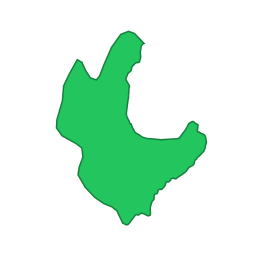 outline of Ihorombe, rotated 209°
{"feature_id": "MDG-5874", "entity_name": "Ihorombe", "entity_type": "Autonomous Province", "adm_level": 1, "iso_a3": "MDG", "parent_name": "Madagascar", "parent_adm1": "", "projection": "natural_earth1", "projection_center": [45.657, -22.685], "detail": "fine", "context": "isolated", "style": "filled", "palette": "green", "viewbox_px": 256, "rotation_deg": 209, "n_neighbors": 0, "source": "natural_earth", "source_scale": "10m", "svg_char_len": 3276}
<svg xmlns="http://www.w3.org/2000/svg" viewBox="0 0 256 256"><g transform="rotate(209 128 128)"><path d="M190.6,93.4L194.2,100.8L198.5,119.8L204.7,133.6L205.5,146.2L205.5,156.8L205.5,163.1L200.2,163.1L193.1,157.8L185.2,153.6L179.0,154.7L178.1,160.0L179.8,172.6L181.5,190.6L179.7,206.4L174.4,212.8L168.2,213.8L154.9,209.7L155.4,209.2L155.8,208.7L155.9,208.3L156.1,207.5L156.1,206.9L156.0,206.0L155.8,204.9L155.1,203.5L154.1,200.4L153.5,199.5L152.6,198.2L151.2,196.0L150.9,195.1L150.6,193.4L150.2,192.3L150.1,191.4L150.3,190.7L150.8,190.2L152.1,189.3L152.6,188.8L153.0,188.1L153.4,186.5L153.6,185.8L153.9,185.0L154.1,184.2L154.1,183.4L153.7,181.6L153.4,180.8L153.2,180.0L153.2,179.1L153.5,178.3L154.2,176.8L154.4,176.0L154.4,175.3L154.0,171.3L153.7,170.1L153.2,169.3L152.5,168.8L147.5,165.8L147.1,165.4L146.8,164.9L146.6,163.8L146.4,163.3L145.2,160.7L144.4,159.3L143.8,157.9L143.7,157.5L143.5,157.0L142.2,154.7L142.0,154.1L141.8,153.2L141.7,152.7L141.0,151.3L140.8,150.5L136.8,140.6L135.4,138.3L135.0,137.8L129.9,134.2L128.4,132.8L127.2,133.1L125.6,131.5L120.4,127.9L118.7,127.4L115.7,127.5L111.2,127.0L110.2,127.1L106.7,127.9L93.2,133.9L79.4,142.7L78.3,144.3L76.8,154.6L76.9,161.6L75.8,163.3L75.4,164.2L75.4,164.3L74.5,165.1L74.1,165.2L73.6,165.2L73.1,165.2L71.9,164.8L71.0,164.7L69.4,164.8L68.6,164.8L68.2,164.5L67.9,164.1L67.8,163.7L67.4,162.3L67.1,161.6L66.8,161.3L66.5,160.5L66.2,159.5L66.0,158.9L65.7,158.7L65.3,158.6L64.1,158.9L63.6,158.9L62.3,158.7L61.9,158.7L59.1,159.1L58.4,159.0L57.3,158.8L56.8,158.6L56.4,158.3L54.3,155.9L53.6,155.0L53.0,154.3L52.8,154.1L52.6,153.7L52.4,153.3L52.2,152.7L52.1,152.1L51.9,150.6L51.8,150.2L51.4,149.3L51.2,148.9L50.9,148.3L50.8,147.8L50.8,147.3L50.7,146.1L50.5,144.9L50.5,144.3L50.5,143.8L51.1,142.1L51.8,138.8L52.1,137.9L52.6,137.2L52.7,136.8L52.8,136.4L52.9,136.0L53.0,134.8L53.0,134.5L53.1,134.1L53.6,132.9L53.7,132.4L53.7,131.9L53.7,131.4L53.6,130.9L52.9,128.9L52.9,128.4L52.9,127.9L53.0,127.4L53.1,127.0L53.3,126.5L55.3,123.5L55.6,122.7L55.8,121.7L56.0,119.5L56.1,118.5L56.7,116.6L59.7,110.5L60.1,109.8L60.3,109.5L60.6,109.2L60.8,108.8L60.9,108.3L60.9,107.8L61.1,107.4L61.3,107.0L61.6,106.7L62.4,106.4L64.0,105.9L65.0,105.3L65.3,105.1L65.6,104.8L65.7,104.4L65.7,103.9L65.5,103.0L65.6,102.5L66.1,100.9L66.4,100.5L66.7,100.3L67.8,99.8L68.1,99.6L68.3,99.2L68.4,98.8L68.3,98.3L67.9,96.9L67.8,96.3L67.8,95.7L67.8,94.5L68.0,93.5L68.1,93.0L68.4,92.2L68.7,90.8L68.9,90.4L69.2,90.2L69.6,90.1L70.5,90.0L70.8,89.8L71.1,89.5L71.3,88.6L71.3,87.9L71.2,87.2L70.8,86.0L70.7,85.3L70.8,84.8L71.9,83.7L72.2,83.4L72.4,83.0L72.5,82.6L72.4,81.9L72.1,81.0L71.3,79.5L70.9,78.6L70.7,77.9L70.8,77.5L70.9,77.0L71.2,76.2L71.3,75.7L71.3,75.2L70.6,71.5L70.4,70.9L70.2,70.3L69.8,69.0L68.8,67.1L67.2,64.7L66.6,63.5L66.4,62.6L66.6,62.2L66.8,61.9L67.3,61.3L67.6,61.1L68.3,60.8L69.2,60.7L72.2,60.7L75.1,59.9L75.4,59.7L75.7,59.4L75.8,59.0L76.1,58.1L76.2,57.6L76.4,57.3L76.6,57.0L77.0,56.8L77.4,56.6L78.2,56.4L78.5,56.2L78.9,56.0L79.1,55.7L79.3,55.3L80.9,44.6L81.1,44.2L81.2,43.8L81.4,43.4L81.7,43.1L82.0,42.9L82.3,42.6L82.7,42.5L83.1,42.4L85.5,42.4L86.4,42.2L97.6,50.2L103.8,51.2L112.7,50.2L123.3,51.2L136.6,55.4L149.0,62.8L151.7,70.2L153.4,80.8L158.7,88.2L165.8,89.2L174.7,89.2L181.8,89.2L190.6,93.4Z" fill="#22c55e" stroke="#15803d" stroke-width="1.5"/></g></svg>